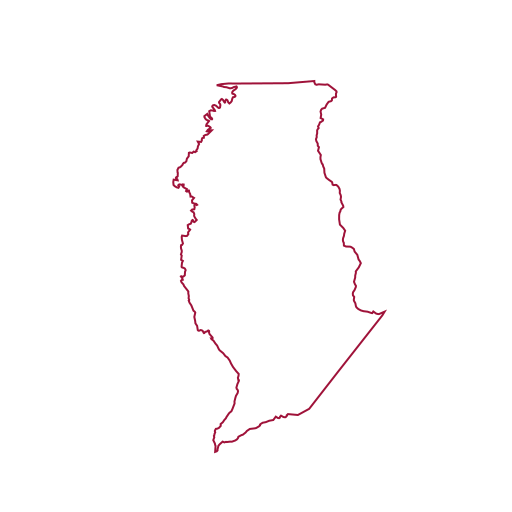 Siquirres, Limón, Costa Rica (orthographic projection), rotated 308°
{"feature_id": "36466004B47231661736374", "entity_name": "Siquirres", "entity_type": "district", "adm_level": 2, "iso_a3": "CRI", "parent_name": "Costa Rica", "parent_adm1": "Limón", "projection": "orthographic", "projection_center": [-83.503, 10.148], "detail": "fine", "context": "isolated", "style": "outline", "palette": "rose", "viewbox_px": 512, "rotation_deg": 308, "n_neighbors": 0, "source": "geoboundaries", "source_scale": "gbopen_adm2", "svg_char_len": 6126}
<svg xmlns="http://www.w3.org/2000/svg" viewBox="0 0 512 512"><g transform="rotate(308 256 256)"><path d="M429.8,194.2L412.0,175.0L378.2,132.3L375.3,128.4L370.1,122.9L366.4,119.9L369.2,125.6L369.5,126.8L370.8,128.8L372.1,132.3L373.8,133.8L375.3,134.4L377.6,136.2L377.3,137.0L376.7,137.3L374.9,137.2L372.3,136.3L370.5,136.4L369.8,136.8L369.4,137.5L370.0,139.0L370.0,140.4L369.5,141.3L368.3,141.3L366.9,140.1L365.5,140.4L363.1,141.5L361.5,141.5L359.8,141.1L360.0,139.5L361.1,137.7L361.1,136.5L360.9,136.1L359.9,136.1L359.2,136.3L358.1,137.1L357.7,137.0L357.8,136.0L358.7,133.8L358.7,132.4L358.1,132.1L354.5,132.1L354.0,132.6L353.6,134.3L352.9,135.1L350.9,136.2L350.2,136.1L349.6,135.3L349.8,131.8L349.3,130.1L348.2,129.3L347.1,129.3L346.7,129.6L345.5,133.9L345.1,134.4L344.4,133.6L344.3,133.0L343.0,130.7L341.3,130.0L337.5,134.0L337.4,136.3L337.0,137.1L336.7,137.2L336.2,136.6L336.2,135.0L337.2,131.4L337.9,130.1L334.4,129.2L333.6,130.0L332.8,132.3L333.0,134.2L333.5,135.3L333.5,135.9L329.3,135.9L327.8,136.6L327.9,136.9L328.7,137.4L329.2,138.4L329.4,140.6L329.1,141.4L325.8,140.4L324.0,140.5L324.2,141.0L327.4,143.1L327.9,143.8L322.4,143.1L321.7,142.9L320.2,141.6L318.5,140.9L317.1,142.1L315.9,141.1L315.6,141.1L314.5,141.5L313.7,142.2L312.1,142.5L310.3,139.7L309.2,142.2L306.7,142.7L304.7,143.8L302.5,143.9L302.1,144.1L302.0,144.6L300.3,144.1L299.9,142.6L297.9,142.3L296.8,140.1L296.0,139.6L293.1,141.6L290.2,141.6L287.7,142.8L285.7,142.5L284.9,141.7L283.4,141.7L282.4,142.0L279.9,141.7L279.0,141.4L277.9,140.6L275.4,141.1L273.6,142.7L273.4,143.2L270.6,145.2L269.8,145.2L269.3,144.7L268.4,144.7L268.1,145.0L268.0,146.9L267.4,147.7L265.5,144.1L263.3,145.3L261.2,147.3L261.0,149.0L261.3,151.3L262.0,152.9L263.4,152.7L263.9,151.2L265.1,151.4L265.5,151.8L266.2,153.5L267.3,154.1L267.8,155.0L267.2,155.4L266.6,154.4L266.1,154.8L265.7,155.5L265.6,157.2L266.2,160.3L264.1,160.9L264.2,162.0L266.0,162.4L266.3,162.9L265.2,164.0L264.3,166.0L262.5,167.8L263.3,168.6L263.6,171.4L260.5,171.3L258.7,172.9L259.2,174.8L260.3,176.8L260.1,178.1L259.6,177.9L259.5,176.8L259.1,176.1L257.7,176.4L256.6,177.7L254.9,178.6L254.5,178.4L253.4,177.1L251.8,176.9L251.7,178.3L252.0,180.0L251.0,181.6L249.8,182.3L249.2,183.0L248.2,185.6L247.9,187.1L245.4,186.8L244.7,186.5L244.6,185.6L245.4,184.2L245.3,183.8L244.1,183.7L242.9,184.3L241.3,184.7L239.5,183.6L238.3,183.2L235.9,185.6L236.3,187.1L236.2,187.9L233.0,187.9L232.3,188.3L231.6,189.2L229.5,189.3L228.5,188.5L226.6,185.2L225.3,185.7L223.1,187.7L220.9,190.7L219.2,190.9L218.4,190.3L217.1,191.1L215.7,192.4L214.6,194.1L213.5,195.0L211.0,195.9L210.6,197.2L206.9,199.3L207.1,201.4L205.2,201.8L201.8,203.9L201.5,204.3L201.5,205.0L202.1,206.2L202.3,207.6L201.8,208.9L201.3,209.4L200.0,209.7L196.9,211.8L195.0,211.4L194.3,210.5L194.0,209.5L193.7,209.4L193.0,211.7L192.2,212.9L191.3,212.2L190.2,212.2L189.9,212.7L189.4,213.6L188.9,216.4L188.1,217.7L186.4,224.5L184.9,225.6L183.1,227.7L181.2,228.9L180.5,230.2L180.1,230.5L179.5,230.4L178.3,232.3L177.3,235.4L174.4,240.4L174.4,242.0L174.0,243.0L170.0,244.9L167.5,247.9L165.6,249.8L164.7,252.6L161.8,255.7L161.7,256.5L162.0,257.1L163.6,258.0L164.1,259.3L164.1,260.3L163.3,261.9L163.2,262.5L163.5,262.7L165.0,262.7L166.1,263.7L167.9,264.2L168.1,265.0L167.8,265.5L167.0,265.8L165.9,267.4L165.0,272.0L164.3,272.5L163.7,272.4L163.3,271.6L163.1,272.0L163.1,274.7L162.0,278.0L161.5,280.5L159.9,283.6L159.3,285.3L159.2,290.0L158.3,293.5L158.5,296.1L157.4,299.7L155.9,302.5L154.4,306.2L153.1,311.1L152.4,315.0L150.8,316.0L148.9,316.7L147.6,318.2L147.8,318.3L147.6,319.0L147.0,319.4L143.6,320.2L140.2,321.6L139.4,322.7L139.3,323.7L138.5,325.0L136.7,325.9L133.5,326.3L131.7,327.0L128.1,328.6L126.6,329.9L121.0,331.6L118.5,332.2L116.0,331.6L114.8,331.6L110.7,331.9L109.5,332.2L107.4,332.0L104.5,332.2L101.8,331.6L100.4,332.8L97.7,332.6L96.1,331.8L95.1,330.8L93.2,331.1L92.6,331.4L92.0,332.4L90.1,332.9L89.4,333.4L88.3,333.6L87.5,334.7L84.6,335.7L82.9,339.1L82.0,340.1L81.4,341.1L76.5,344.4L77.9,345.3L79.1,345.4L80.0,344.7L83.4,343.2L85.3,343.3L89.2,344.0L89.6,345.8L91.1,346.8L91.3,347.4L93.8,349.9L94.8,351.3L97.8,353.2L99.8,353.9L101.4,353.9L102.7,353.4L106.1,354.9L106.9,355.6L110.6,356.5L112.4,356.5L115.9,357.6L119.6,361.3L120.5,362.0L123.5,363.2L125.0,363.5L125.5,363.0L126.2,363.0L128.7,363.9L131.1,366.0L134.4,367.9L137.4,370.6L141.6,370.5L141.8,372.9L142.4,374.0L143.2,374.3L144.2,373.9L145.6,374.0L146.0,376.8L146.8,378.2L147.3,378.6L149.3,378.7L149.5,378.3L151.1,378.5L156.5,386.9L168.3,392.0L216.2,391.9L287.1,392.1L291.3,391.6L286.0,388.7L285.4,387.9L284.6,386.2L284.5,382.6L282.6,382.8L282.2,382.2L280.8,378.2L278.7,374.7L277.7,372.2L277.2,369.2L277.4,366.7L278.0,365.6L279.9,363.4L281.0,360.8L281.6,360.1L284.2,358.6L284.7,356.6L286.0,355.4L287.2,354.8L289.9,354.6L293.2,353.7L294.1,353.0L294.6,351.5L296.0,349.1L300.1,347.4L301.7,346.2L304.2,345.1L305.3,344.1L310.3,344.0L314.9,343.0L315.9,340.9L316.4,339.0L319.3,335.1L320.2,331.0L321.8,328.8L321.8,326.9L321.6,325.2L321.3,324.4L318.9,321.1L318.3,318.9L320.5,317.0L321.0,315.8L322.1,314.6L323.6,313.7L326.0,312.9L327.9,311.8L330.8,310.7L331.8,307.6L332.4,302.8L336.1,298.9L339.5,296.3L341.6,295.2L343.0,295.0L344.4,294.3L345.6,294.2L348.4,294.7L349.3,293.7L350.9,290.2L351.5,289.8L352.5,287.9L354.9,286.6L356.1,285.3L357.2,283.2L359.1,281.9L360.3,280.5L361.3,278.1L361.5,275.7L361.0,274.9L359.6,273.5L359.4,272.4L360.9,270.7L361.1,270.1L360.9,266.7L360.9,263.5L361.1,262.6L363.7,258.7L366.9,255.9L367.9,253.9L369.3,252.1L369.3,251.3L370.0,250.1L372.0,247.2L373.6,245.9L375.5,244.9L377.1,240.1L380.5,238.6L380.9,236.8L382.6,235.4L383.7,232.8L385.0,231.3L387.0,230.7L388.4,229.5L390.3,228.7L392.7,226.8L393.6,226.6L395.4,226.6L396.3,225.1L398.3,224.9L400.7,224.1L401.4,224.6L404.0,225.4L405.0,224.8L404.5,222.0L407.5,220.4L409.6,217.9L411.4,217.3L412.8,217.4L415.3,219.2L418.9,218.4L422.2,218.3L424.2,219.8L425.3,220.0L426.8,219.0L427.5,219.0L428.8,219.5L429.8,220.7L430.5,221.1L431.1,220.9L431.9,220.0L433.3,219.0L434.8,218.6L435.3,218.0L435.5,216.1L435.4,207.4L435.1,206.5L433.6,205.1L429.9,199.7L428.2,198.3L427.8,197.0L428.8,195.0L429.8,194.2Z" fill="none" stroke="#9f1239" stroke-width="2"/></g></svg>